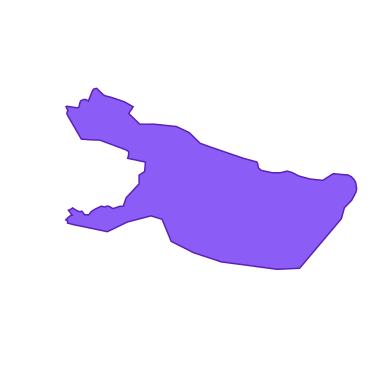 outline of Degema, Rivers, Nigeria, rotated 294°
{"feature_id": "59680162B23543460253472", "entity_name": "Degema", "entity_type": "district", "adm_level": 2, "iso_a3": "NGA", "parent_name": "Nigeria", "parent_adm1": "Rivers", "projection": "robinson", "projection_center": [6.907, 4.58], "detail": "fine", "context": "isolated", "style": "filled", "palette": "violet", "viewbox_px": 384, "rotation_deg": 294, "n_neighbors": 0, "source": "geoboundaries", "source_scale": "gbopen_adm2", "svg_char_len": 1528}
<svg xmlns="http://www.w3.org/2000/svg" viewBox="0 0 384 384"><g transform="rotate(294 192 192)"><path d="M166.1,321.3L226.9,338.9L228.5,339.3L239.6,337.6L249.3,341.2L253.0,341.5L254.4,341.6L258.7,341.8L262.2,341.0L267.5,337.4L269.4,334.7L270.8,331.3L271.0,327.5L269.7,324.0L266.2,313.6L255.8,306.7L251.9,294.6L250.1,283.2L250.5,275.8L249.8,270.4L245.6,265.0L242.2,257.4L239.9,246.4L241.1,242.8L244.6,240.5L245.8,238.8L243.7,225.5L240.5,189.6L239.8,179.5L245.1,165.4L245.5,151.2L238.5,129.7L232.7,116.7L238.0,102.3L245.9,103.6L246.9,94.0L246.9,93.8L246.2,85.7L245.7,80.2L244.6,73.8L244.7,71.5L247.9,62.8L247.8,62.5L245.8,60.1L242.5,59.9L233.8,60.3L233.0,60.4L233.3,57.3L232.5,55.5L230.3,53.4L228.8,53.2L227.1,53.4L223.6,54.2L222.2,53.0L220.7,47.2L219.4,42.8L218.8,42.2L215.7,45.7L214.6,45.4L212.6,45.8L210.7,48.1L195.3,69.4L197.0,74.2L198.8,79.0L201.9,86.7L202.6,97.7L203.6,114.3L203.2,117.6L200.4,118.9L196.6,119.6L200.4,137.2L195.8,138.9L191.4,140.4L185.8,136.8L178.0,140.4L159.9,134.2L151.0,135.0L149.6,131.9L144.7,126.6L145.2,122.0L144.6,120.1L142.8,118.4L142.2,114.9L137.0,110.5L133.1,107.9L129.1,106.9L127.5,103.1L128.4,101.6L129.7,99.3L128.3,97.3L128.1,94.0L128.9,89.4L126.7,88.1L125.1,86.5L122.1,92.0L121.3,90.8L118.9,89.5L117.8,88.9L115.1,88.1L115.0,88.8L115.2,89.6L115.1,90.1L113.0,90.9L114.0,97.1L114.9,101.1L121.1,129.8L121.3,130.8L138.4,145.3L142.6,150.5L153.5,164.2L154.9,175.8L138.4,193.1L137.9,203.9L137.2,218.3L140.1,247.3L156.0,301.2L166.1,321.3Z" fill="#8b5cf6" stroke="#5b21b6" stroke-width="1.5"/></g></svg>